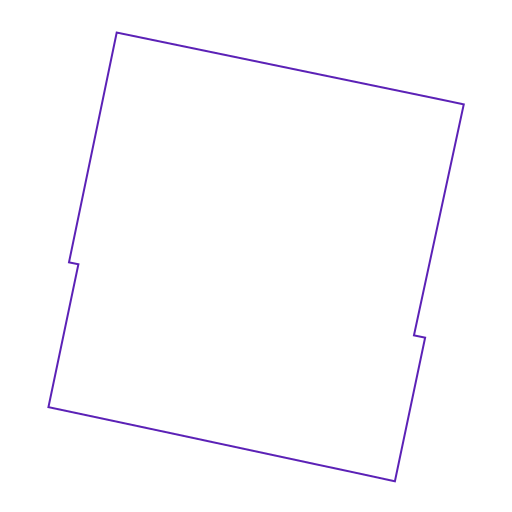 Dawes, Nebraska, United States of America (Albers equal-area conic projection), rotated 192°
{"feature_id": "52423323B29659430043137", "entity_name": "Dawes", "entity_type": "district", "adm_level": 2, "iso_a3": "USA", "parent_name": "United States of America", "parent_adm1": "Nebraska", "projection": "albers", "projection_center": [-103.155, 42.719], "detail": "fine", "context": "isolated", "style": "outline", "palette": "violet", "viewbox_px": 512, "rotation_deg": 192, "n_neighbors": 0, "source": "geoboundaries", "source_scale": "gbopen_adm2", "svg_char_len": 335}
<svg xmlns="http://www.w3.org/2000/svg" viewBox="0 0 512 512"><g transform="rotate(192 256 256)"><path d="M438.7,445.6L437.6,210.9L428.0,211.0L427.6,65.0L324.0,65.0L258.9,64.9L258.3,64.9L155.0,64.7L123.3,64.7L73.3,64.5L73.6,211.3L85.0,211.2L84.3,447.5L102.1,447.5L438.7,445.6Z" fill="none" stroke="#5b21b6" stroke-width="2"/></g></svg>